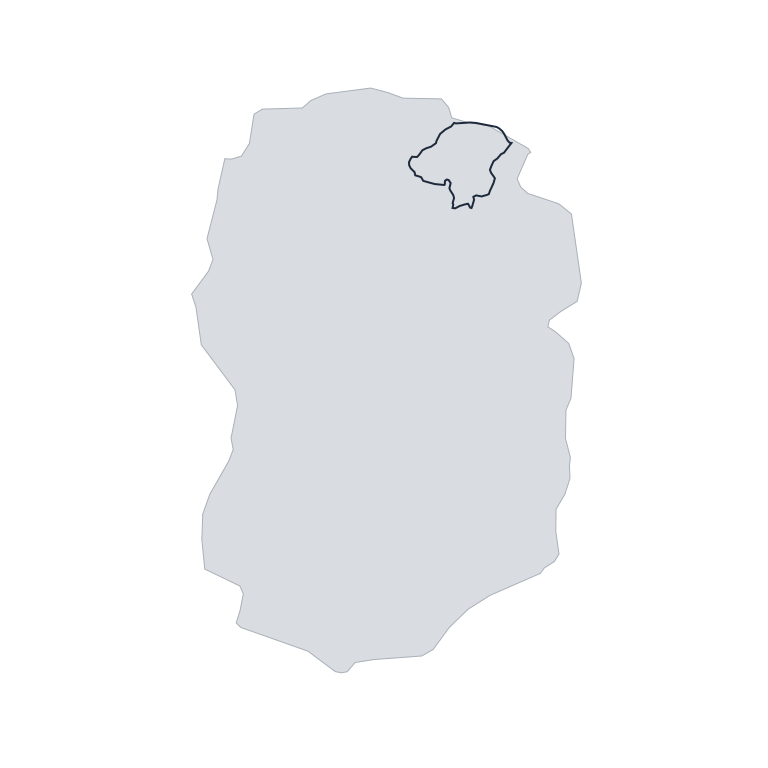 location of Mavrovo and Rostusa within North Macedonia, rotated 106°
{"feature_id": "MKD-2955", "entity_name": "Mavrovo and Rostusa", "entity_type": "Statistical Region", "adm_level": 1, "iso_a3": "MKD", "parent_name": "North Macedonia", "parent_adm1": "", "projection": "natural_earth1", "projection_center": [20.731, 41.637], "detail": "fine", "context": "in_parent", "style": "outline", "palette": "slate", "viewbox_px": 768, "rotation_deg": 106, "n_neighbors": 0, "source": "natural_earth", "source_scale": "10m", "svg_char_len": 2147}
<svg xmlns="http://www.w3.org/2000/svg" viewBox="0 0 768 768"><g transform="rotate(106 384 384)"><path d="M346.2,200.4L358.9,201.9L386.2,194.6L403.2,184.6L411.9,183.1L423.4,179.2L440.0,179.7L456.9,184.1L478.2,178.3L499.2,168.9L507.6,171.3L516.8,179.3L522.9,181.5L558.0,223.9L577.2,241.0L599.9,254.1L625.7,263.6L635.0,272.7L651.7,317.9L659.7,335.0L670.7,340.1L673.3,345.1L673.9,351.6L661.8,383.4L657.5,454.6L654.4,460.2L641.5,459.9L624.4,461.4L617.9,466.9L611.3,505.3L583.8,516.2L558.9,522.4L537.8,521.0L500.6,511.9L488.5,510.9L478.2,516.1L445.1,518.8L430.7,525.6L396.7,570.4L362.2,585.8L350.5,593.7L324.0,583.8L311.4,582.7L293.1,594.2L253.0,595.3L242.2,597.3L211.3,599.1L210.0,592.9L204.3,583.9L189.9,579.7L160.4,583.3L153.3,576.7L141.2,538.6L131.7,532.5L121.1,519.7L103.2,478.4L102.8,460.3L104.0,444.5L94.1,407.4L100.3,398.1L109.5,392.2L109.6,377.3L107.0,354.6L117.9,310.2L120.9,306.9L123.7,309.1L150.0,312.6L156.9,307.0L161.2,298.2L162.6,265.7L168.9,250.7L232.6,222.1L251.3,221.1L265.7,234.2L277.1,242.6L283.9,242.3L286.4,233.9L294.1,217.6L307.1,208.3L345.9,200.4L346.2,200.4Z" fill="#d9dde1" stroke="#a8b0b8" stroke-width="1"/><path d="M113.7,388.6L113.7,386.7L108.9,373.4L107.7,367.4L105.9,346.7L106.6,343.7L108.4,339.9L110.7,337.2L115.9,332.3L117.4,329.8L117.2,327.9L123.9,330.6L128.6,332.4L130.9,334.9L136.0,337.2L139.5,340.0L144.2,340.8L148.9,341.2L151.5,339.3L153.6,336.6L155.7,334.1L160.5,334.1L164.7,334.7L169.1,335.4L172.6,335.6L173.9,337.2L176.8,341.9L177.3,347.4L179.4,349.7L182.1,348.2L184.8,348.2L188.5,348.2L190.7,348.4L190.7,349.9L188.8,351.6L187.6,353.0L189.2,356.0L192.1,360.4L195.5,364.0L195.9,366.6L192.3,366.9L191.2,367.9L188.1,367.9L186.0,367.9L183.4,369.4L179.5,373.8L177.7,375.1L172.5,375.3L170.1,378.1L170.2,380.1L172.0,381.4L175.1,380.6L176.0,380.8L176.4,382.6L177.8,390.3L177.9,395.7L177.9,398.7L177.9,402.3L175.0,405.2L174.8,407.9L174.8,411.5L171.9,413.0L169.3,417.8L166.8,420.1L163.9,421.1L160.3,420.5L157.7,419.6L157.5,418.1L156.7,414.8L153.7,413.3L148.7,411.5L145.6,408.2L143.0,404.3L138.3,400.5L135.7,400.5L128.1,399.0L122.4,395.1L117.9,390.4L113.7,388.6Z" fill="none" stroke="#1e293b" stroke-width="2"/></g></svg>